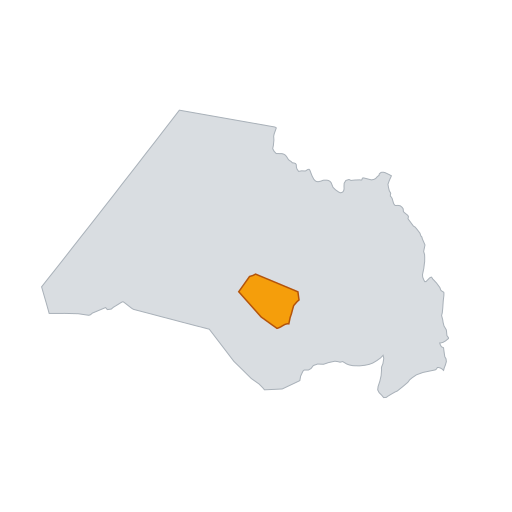 Barh-El-Gazel Nord, Barh El Gazel, Chad shown in context, rotated 280°
{"feature_id": "50815135B23579173703051", "entity_name": "Barh-El-Gazel Nord", "entity_type": "district", "adm_level": 2, "iso_a3": "TCD", "parent_name": "Chad", "parent_adm1": "Barh El Gazel", "projection": "mercator", "projection_center": [16.657, 14.849], "detail": "fine", "context": "in_parent", "style": "filled", "palette": "amber", "viewbox_px": 512, "rotation_deg": 280, "n_neighbors": 0, "source": "geoboundaries", "source_scale": "gbopen_adm2", "svg_char_len": 3998}
<svg xmlns="http://www.w3.org/2000/svg" viewBox="0 0 512 512"><g transform="rotate(280 256 256)"><path d="M386.3,155.2L386.3,166.9L386.3,178.6L386.3,190.2L386.3,201.8L386.3,213.4L386.3,225.0L386.3,236.5L386.3,248.0L386.3,251.8L386.0,253.3L385.9,253.5L385.4,253.7L379.5,252.7L377.0,252.6L373.3,253.5L368.0,253.9L364.6,253.8L362.2,255.7L360.4,258.1L361.3,263.8L361.1,265.7L360.3,267.6L358.7,269.3L357.1,270.7L356.2,271.8L355.0,274.4L354.1,275.6L354.2,277.2L353.9,278.9L352.9,279.8L350.4,280.4L348.8,281.2L347.6,282.4L346.7,283.3L347.2,284.5L347.8,286.1L348.1,288.6L348.4,290.1L349.6,291.3L350.3,292.2L350.6,293.2L349.9,294.1L346.9,295.9L345.7,296.6L344.3,297.5L343.8,297.9L341.6,299.6L340.4,301.2L339.9,302.5L339.9,304.2L341.0,306.9L342.3,309.1L342.7,310.8L343.0,312.7L342.9,314.4L342.3,316.0L341.2,317.3L337.0,319.9L335.0,322.8L333.4,326.2L332.9,328.1L333.4,329.4L334.2,330.4L335.5,331.0L337.3,331.1L340.3,330.5L343.0,330.2L346.0,331.4L347.5,334.3L346.9,336.4L348.0,340.2L349.0,344.9L349.0,346.4L349.4,347.0L351.2,347.3L351.6,348.4L351.0,356.5L351.9,358.8L353.1,360.4L354.5,361.2L355.9,362.3L356.7,363.1L358.3,363.2L360.1,364.7L360.6,366.7L360.5,368.6L359.4,372.7L358.5,375.4L357.5,375.2L355.3,374.6L352.7,374.0L349.5,373.5L346.4,374.6L343.1,376.1L342.1,377.1L341.1,377.8L339.7,377.7L338.3,377.9L337.6,378.9L336.4,380.0L331.6,382.4L330.6,383.3L330.0,384.1L330.0,385.0L330.5,387.0L330.5,389.3L329.4,391.3L328.2,392.6L326.8,393.1L325.6,393.3L324.8,394.1L322.3,398.5L321.2,399.3L319.1,399.2L312.8,405.8L312.1,407.7L309.8,410.4L306.9,413.5L304.3,414.9L304.1,415.5L303.4,416.1L301.8,416.8L296.2,420.5L289.6,420.3L286.6,421.8L283.8,422.4L279.6,423.1L278.3,423.1L272.9,423.4L266.6,423.2L264.2,423.8L261.9,425.2L260.3,426.4L260.0,426.8L260.3,427.3L260.2,427.8L264.6,430.8L265.7,432.3L264.6,433.7L264.1,433.9L264.0,434.0L263.3,435.1L260.7,438.5L256.8,442.6L254.8,443.7L254.0,444.5L252.9,447.2L252.2,447.5L249.5,447.9L244.2,448.2L236.8,449.0L232.4,449.3L229.6,449.1L225.7,450.9L224.3,451.4L223.5,451.6L219.7,453.3L216.5,456.1L215.3,456.6L210.8,457.8L209.0,459.7L208.2,459.9L205.3,457.4L203.4,455.1L202.4,452.8L202.3,452.0L201.7,452.2L200.2,453.2L198.8,454.4L198.2,456.6L193.5,458.1L189.6,459.4L187.7,461.0L185.0,461.8L181.4,461.4L178.6,460.8L175.9,460.6L177.2,458.5L177.7,457.0L177.9,455.2L177.7,454.0L176.0,453.3L175.0,452.4L172.7,446.6L170.3,440.6L166.9,434.7L163.3,431.0L160.6,428.7L159.8,428.4L158.4,427.7L157.4,427.0L152.6,423.0L147.5,418.5L146.2,416.5L143.7,413.5L140.9,410.3L139.4,408.9L138.7,406.3L140.7,404.0L142.8,401.0L145.3,399.1L148.6,398.9L154.1,399.7L160.0,400.0L165.8,399.4L167.3,399.0L168.8,399.0L172.0,399.7L177.4,399.6L180.3,398.4L177.2,396.3L173.9,393.1L170.9,389.6L169.0,386.4L167.3,382.2L165.8,377.1L164.8,370.5L164.9,366.8L165.4,364.1L167.1,359.7L166.0,357.2L166.2,355.1L166.1,352.0L165.5,350.5L163.4,345.4L163.0,344.8L161.1,341.3L160.3,335.4L158.1,331.5L154.7,329.7L152.8,327.4L152.1,323.3L150.7,322.2L145.4,320.8L140.9,320.8L137.6,316.2L133.5,310.4L129.6,304.9L127.1,293.9L125.7,287.6L127.3,285.7L130.5,281.2L134.5,272.7L143.7,259.4L148.4,252.5L157.8,242.3L169.3,229.8L175.8,222.7L176.8,209.7L177.9,196.0L178.8,185.6L179.8,173.2L180.7,162.8L181.3,155.3L182.2,144.5L183.0,142.5L187.5,134.0L187.9,132.9L187.0,131.5L180.6,124.3L178.6,122.7L177.4,118.9L179.1,116.8L171.3,104.7L169.4,103.2L168.6,101.7L168.5,99.5L168.3,91.1L166.3,77.8L163.5,62.3L172.7,57.9L179.6,54.5L188.4,50.2L196.6,54.6L208.4,61.0L220.3,67.4L232.2,73.7L244.0,80.0L255.9,86.4L267.7,92.7L279.6,99.0L291.4,105.3L303.3,111.5L315.1,117.8L327.0,124.1L338.9,130.3L350.7,136.6L362.6,142.8L374.4,149.0L386.3,155.2Z" fill="#d9dde1" stroke="#a8b0b8" stroke-width="1"/><path d="M238.1,258.7L236.3,256.4L234.7,253.2L217.8,245.2L196.8,271.7L191.1,283.5L188.9,288.2L188.4,289.1L188.6,289.8L189.8,291.7L190.7,292.9L191.7,294.0L193.6,296.3L194.7,298.5L194.9,299.8L194.9,300.1L201.4,300.3L205.1,300.9L208.8,301.2L213.7,301.7L218.2,304.4L220.2,306.0L228.0,303.5L238.1,258.7Z" fill="#f59e0b" stroke="#b45309" stroke-width="1.5"/></g></svg>